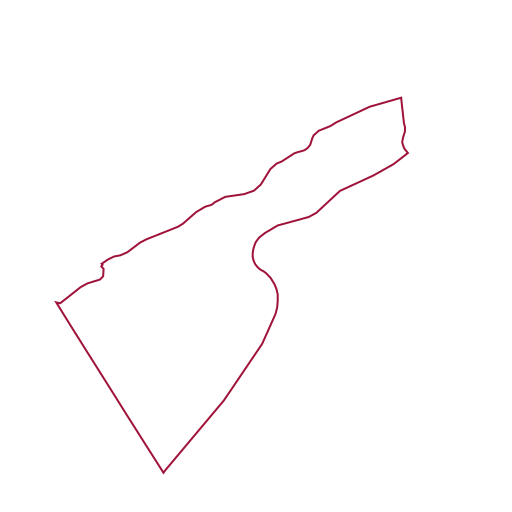 the Province of Aqaba, rotated 48°
{"feature_id": "JOR-849", "entity_name": "Aqaba", "entity_type": "Province", "adm_level": 1, "iso_a3": "JOR", "parent_name": "Jordan", "parent_adm1": "", "projection": "albers", "projection_center": [35.24, 29.976], "detail": "fine", "context": "isolated", "style": "outline", "palette": "rose", "viewbox_px": 512, "rotation_deg": 48, "n_neighbors": 0, "source": "natural_earth", "source_scale": "10m", "svg_char_len": 1245}
<svg xmlns="http://www.w3.org/2000/svg" viewBox="0 0 512 512"><g transform="rotate(48 256 256)"><path d="M158.5,375.9L159.6,368.1L161.4,361.8L164.7,356.4L167.1,349.2L168.5,333.0L170.4,325.9L182.0,294.5L183.1,288.7L183.3,271.2L185.2,261.4L186.2,258.9L187.4,256.7L188.3,254.2L188.5,250.7L191.4,239.4L202.1,223.4L206.1,213.7L206.1,204.6L201.0,187.0L201.1,178.8L202.9,173.9L205.3,158.9L206.8,155.3L208.4,152.3L209.8,149.3L210.3,145.3L209.6,141.2L206.1,135.3L204.9,132.4L204.9,125.5L209.2,113.8L210.4,106.9L221.1,71.7L235.5,42.2L239.3,45.0L256.2,57.1L260.0,59.1L263.2,62.1L266.2,67.2L269.2,71.2L272.7,72.9L275.5,73.9L281.1,74.2L279.8,92.1L274.7,114.9L263.8,150.0L264.3,182.3L262.3,190.7L247.8,219.5L244.9,233.8L244.4,241.4L245.5,246.8L246.8,249.6L248.8,252.9L251.1,255.9L254.1,258.8L257.5,260.8L261.6,262.1L265.6,262.3L269.3,261.8L272.5,260.6L275.7,260.0L282.1,259.8L289.6,261.2L294.2,262.9L299.1,265.6L303.9,269.9L308.4,274.7L312.2,280.4L325.4,310.2L341.8,376.3L354.6,467.3L355.2,469.8L325.5,464.8L288.3,458.5L253.4,452.4L214.4,445.7L184.6,440.5L156.8,435.5L160.1,433.2L161.8,407.0L163.6,399.5L169.1,387.7L168.8,383.2L163.6,377.9L160.2,377.9L160.0,377.0L160.0,376.2L159.7,375.8L158.5,375.9Z" fill="none" stroke="#9f1239" stroke-width="2"/></g></svg>